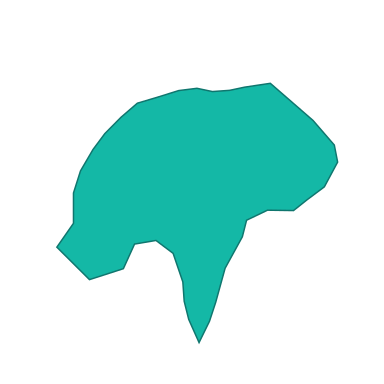 Koilanemos, Cyprus, rotated 311°
{"feature_id": "46923920B29026112812514", "entity_name": "Koilanemos", "entity_type": "district", "adm_level": 2, "iso_a3": "CYP", "parent_name": "Cyprus", "parent_adm1": "", "projection": "mercator", "projection_center": [34.134, 35.492], "detail": "fine", "context": "isolated", "style": "filled", "palette": "teal", "viewbox_px": 384, "rotation_deg": 311, "n_neighbors": 0, "source": "geoboundaries", "source_scale": "gbopen_adm2", "svg_char_len": 615}
<svg xmlns="http://www.w3.org/2000/svg" viewBox="0 0 384 384"><g transform="rotate(311 192 192)"><path d="M83.0,296.1L105.9,290.0L124.2,282.3L156.2,267.0L191.2,259.4L206.5,251.7L227.8,260.9L244.6,280.8L261.4,283.9L282.7,288.5L310.1,282.3L320.8,268.6L325.4,236.4L325.4,215.0L325.4,179.8L305.6,162.9L293.4,153.7L281.2,141.5L273.5,127.7L259.8,115.4L240.0,103.2L223.2,92.5L201.9,89.4L179.0,87.9L159.2,89.4L134.8,94.0L113.5,103.2L90.6,123.1L61.7,126.2L58.6,172.1L89.1,190.5L115.0,182.8L131.8,196.6L133.3,218.0L118.1,244.1L104.4,257.8L93.7,273.1L83.0,296.1Z" fill="#14b8a6" stroke="#0f766e" stroke-width="1.5"/></g></svg>